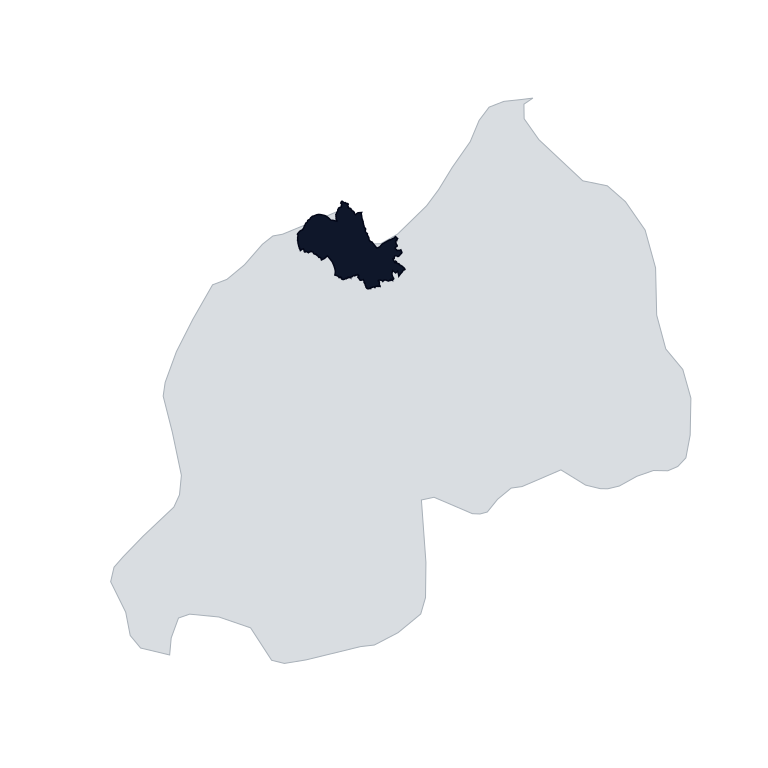 Burera, Northern, Rwanda shown in context, rotated 351°
{"feature_id": "39286606B41980105768775", "entity_name": "Burera", "entity_type": "district", "adm_level": 2, "iso_a3": "RWA", "parent_name": "Rwanda", "parent_adm1": "Northern", "projection": "albers", "projection_center": [29.857, -1.461], "detail": "fine", "context": "in_parent", "style": "filled", "palette": "ink", "viewbox_px": 768, "rotation_deg": 351, "n_neighbors": 0, "source": "geoboundaries", "source_scale": "gbopen_adm2", "svg_char_len": 7044}
<svg xmlns="http://www.w3.org/2000/svg" viewBox="0 0 768 768"><g transform="rotate(351 384 384)"><path d="M297.4,220.4L307.2,220.2L371.5,204.8L377.9,209.6L388.3,239.5L393.8,243.8L402.8,244.9L420.8,238.1L453.9,214.7L468.4,200.5L485.4,180.6L507.1,158.1L519.2,138.5L531.1,127.0L546.6,123.6L563.8,124.5L575.8,124.9L566.0,129.5L563.9,143.9L575.2,166.9L612.1,214.4L635.6,223.2L651.0,241.7L666.0,272.8L670.4,311.8L664.1,358.6L667.8,393.5L681.4,416.4L684.9,446.0L678.4,482.4L670.6,504.2L661.3,511.4L650.8,514.1L636.6,511.6L619.3,514.7L600.4,521.6L588.6,522.5L581.2,521.2L567.3,515.4L545.3,496.5L504.3,506.9L493.3,506.7L478.2,515.6L466.0,526.6L458.5,527.4L451.0,525.9L415.7,503.7L402.8,504.4L397.5,566.8L391.6,601.4L384.3,616.9L359.0,631.8L333.6,640.3L319.7,639.7L263.8,644.3L241.9,644.4L229.8,639.3L214.1,604.0L184.5,588.3L156.0,580.9L144.4,583.0L134.1,601.5L129.9,618.1L102.3,606.7L94.0,592.7L93.2,569.0L83.1,536.5L88.7,522.7L99.5,513.7L122.4,496.5L157.2,472.7L164.7,461.4L169.6,442.5L167.4,398.5L164.0,361.4L168.1,348.2L184.0,319.6L205.3,290.2L230.2,259.2L245.2,256.1L264.9,244.4L285.7,227.0L297.4,220.4Z" fill="#d9dde1" stroke="#a8b0b8" stroke-width="1"/><path d="M406.9,282.5L407.4,282.5L408.4,283.0L408.2,282.1L408.0,281.8L408.5,281.9L409.2,282.3L410.0,281.7L410.1,281.1L409.9,280.9L409.6,280.2L409.2,278.7L409.0,276.7L409.5,275.0L410.4,273.4L411.1,274.0L412.9,276.1L415.1,274.7L415.5,277.7L415.5,279.8L417.5,277.8L419.4,276.3L420.9,274.5L422.2,274.4L422.5,274.2L422.9,274.5L422.0,272.5L421.0,271.4L420.6,270.7L419.5,269.9L419.0,269.3L418.3,269.0L417.8,268.4L417.8,268.0L417.5,267.5L417.2,267.4L416.7,267.4L416.2,267.0L415.9,266.9L415.5,266.1L415.4,265.2L414.9,264.7L414.6,266.1L413.6,265.8L413.7,265.6L413.6,265.0L413.2,264.4L413.0,263.9L413.0,263.6L412.1,262.1L412.2,261.7L412.8,262.0L413.0,261.8L413.7,261.6L413.7,261.0L413.9,260.8L414.2,259.7L414.5,259.3L415.3,259.2L416.2,259.2L416.7,259.5L417.4,260.2L418.5,260.2L419.3,259.4L419.8,259.2L420.5,258.3L421.7,257.8L421.8,257.4L422.3,256.8L421.6,254.1L420.2,254.6L419.9,254.3L419.2,254.2L418.6,254.3L417.9,254.3L417.6,253.9L417.7,253.7L417.3,253.2L416.9,252.8L416.5,252.3L416.3,251.4L416.5,251.0L416.9,250.7L417.1,250.5L417.6,250.4L418.5,250.0L418.7,249.7L418.6,248.9L418.0,247.8L417.9,247.1L417.6,246.8L417.6,246.6L417.9,246.4L417.8,244.9L417.8,244.6L418.1,244.5L419.0,244.4L418.8,243.6L419.3,243.5L419.6,243.2L420.1,242.6L419.4,242.3L419.5,241.8L419.4,241.8L418.6,240.3L418.5,240.2L417.2,240.9L416.9,241.6L415.7,241.6L412.9,242.6L412.5,242.7L412.0,242.5L406.1,244.7L403.9,245.6L401.3,247.9L398.2,248.7L394.8,242.8L394.6,242.2L394.2,241.8L393.1,241.3L392.8,241.0L391.9,239.4L391.7,238.4L391.9,237.7L391.8,236.7L391.3,235.7L391.2,235.1L390.8,233.9L390.8,233.4L391.1,233.0L390.7,232.4L390.0,231.9L389.5,230.9L389.5,229.7L389.7,229.2L389.6,228.6L390.1,228.2L390.0,227.5L389.6,226.9L389.2,226.5L388.9,225.7L388.9,225.4L389.0,225.2L389.0,224.7L388.7,223.4L388.8,222.7L388.6,221.7L388.8,220.4L388.5,219.2L388.5,218.6L388.2,217.9L388.2,216.8L388.1,215.6L388.3,214.6L388.1,213.6L388.2,212.9L388.1,212.6L388.2,211.8L388.7,211.1L385.1,210.8L383.6,211.5L382.6,212.3L382.4,212.4L381.3,210.8L381.3,210.4L381.5,210.1L381.5,209.8L380.5,208.4L379.4,207.9L379.4,207.2L378.7,206.4L378.7,205.6L377.6,204.9L377.2,204.9L376.7,204.7L376.2,204.2L376.5,203.5L376.5,203.3L376.1,202.9L376.2,202.2L376.0,201.9L376.8,201.0L376.7,200.4L376.4,200.2L375.9,199.9L375.1,199.9L374.5,199.1L374.0,198.7L373.3,198.9L372.8,198.7L371.8,197.4L371.2,196.9L370.9,196.9L370.2,197.5L369.6,198.6L370.2,199.0L370.3,199.8L370.2,200.2L369.8,200.8L369.7,202.4L369.0,202.4L368.5,202.8L367.8,202.7L366.7,203.1L366.4,203.7L365.6,204.7L365.5,205.6L365.4,205.9L365.0,206.3L364.8,206.7L364.1,207.4L364.0,207.8L362.9,209.2L363.0,210.1L362.7,211.4L363.0,211.8L362.5,213.2L362.5,213.6L362.7,214.3L363.1,215.1L362.9,215.9L359.1,214.3L357.3,214.0L357.0,213.8L355.3,211.4L354.3,210.3L353.0,209.1L351.8,208.3L348.0,206.8L346.1,206.3L344.1,206.3L341.6,206.9L340.1,207.2L339.5,207.1L338.4,207.9L337.6,208.3L336.4,209.8L335.9,210.0L335.1,210.1L334.5,210.4L334.2,210.6L333.9,211.5L333.3,212.4L332.3,212.7L331.8,213.0L331.1,214.4L330.0,215.6L329.1,217.4L327.8,218.6L327.7,218.9L326.0,219.4L324.6,220.0L322.2,222.1L321.9,222.6L322.3,223.3L322.2,224.3L322.0,225.0L321.7,225.4L321.5,226.8L321.6,227.3L321.4,227.5L321.3,227.8L321.1,228.6L321.1,229.0L321.3,229.1L321.3,230.3L321.2,230.4L321.1,231.6L321.2,232.0L321.4,234.9L321.8,236.1L321.6,236.4L322.0,236.7L321.9,237.4L322.2,238.2L322.3,239.1L323.1,238.7L323.4,238.3L323.9,238.3L324.6,238.0L325.6,237.9L326.0,239.7L326.0,240.8L326.5,241.3L327.1,240.9L327.2,241.1L327.5,240.9L327.9,241.0L328.0,241.0L328.3,241.3L328.6,241.4L329.0,241.8L329.5,241.9L329.8,242.5L330.2,242.3L331.1,242.0L331.8,241.7L332.4,241.9L332.7,241.4L332.8,241.4L334.1,242.4L334.6,242.6L334.7,242.8L334.8,243.7L335.0,244.3L335.4,244.5L335.6,244.7L336.4,245.1L336.5,244.9L336.9,244.9L336.9,245.1L337.1,245.1L337.1,245.3L337.4,245.5L337.4,245.9L337.5,246.1L338.2,246.4L338.3,246.9L339.0,247.5L339.4,248.7L339.7,248.9L340.3,248.6L341.0,249.2L341.3,249.6L341.6,251.7L344.9,250.7L348.2,248.5L351.8,254.8L352.1,255.6L353.0,259.1L353.5,262.3L353.6,264.9L353.2,266.8L352.5,268.7L353.3,269.1L353.9,269.3L355.2,270.1L355.9,270.9L356.3,271.8L356.5,271.6L357.4,271.8L357.5,271.6L357.8,271.5L357.9,271.8L358.3,271.9L358.3,272.1L358.5,272.2L358.3,272.5L358.5,272.8L358.3,273.1L358.7,273.8L360.0,274.5L361.3,274.3L362.1,274.0L362.4,273.7L362.7,274.0L363.1,274.2L363.9,273.7L364.5,273.7L365.2,273.5L365.3,272.9L366.1,273.2L366.4,273.5L367.0,273.3L367.3,273.5L367.7,273.5L367.8,273.7L367.9,273.3L368.3,273.2L368.5,273.0L369.2,273.1L369.5,272.9L370.0,272.5L370.7,272.2L371.1,272.1L371.9,272.6L372.6,272.3L373.0,272.0L373.2,272.3L373.8,272.0L374.1,272.1L374.6,271.7L375.1,271.7L375.1,271.9L375.3,272.2L375.9,272.6L376.0,273.0L375.9,273.3L375.2,273.5L375.2,273.9L375.5,273.9L375.0,274.6L375.4,274.8L375.4,275.3L376.0,276.0L376.1,276.7L376.2,276.8L376.3,277.1L376.4,277.3L376.6,277.7L377.3,277.9L378.6,277.9L379.9,277.7L379.9,278.1L380.2,278.5L380.3,278.9L380.5,279.3L380.3,279.7L380.2,280.7L380.7,281.0L380.6,281.5L381.0,282.3L380.9,283.2L381.4,284.6L381.3,285.1L381.4,285.8L382.0,286.3L381.9,286.6L382.0,286.8L382.6,287.3L383.1,287.5L383.9,287.5L384.2,287.4L384.4,287.5L385.1,287.2L385.3,287.4L385.6,287.4L385.8,287.6L386.0,287.2L386.0,286.8L386.2,286.7L386.6,286.7L386.9,286.8L387.6,286.6L388.0,286.7L388.4,286.4L389.3,286.6L389.6,286.4L389.9,286.8L389.8,287.1L390.0,287.3L390.1,287.1L390.5,286.9L391.0,286.4L391.7,286.2L392.0,286.4L392.4,286.2L392.7,286.4L393.1,286.3L393.2,286.7L394.5,286.8L395.1,286.7L395.4,287.0L395.5,286.8L395.4,286.4L395.0,285.4L394.9,284.8L395.1,284.2L395.0,283.8L395.3,283.4L395.3,282.2L394.3,281.2L394.1,280.6L394.3,280.8L394.8,280.7L394.9,280.8L395.2,280.8L396.6,280.7L397.3,281.2L398.1,281.4L398.6,281.9L398.9,282.5L399.2,282.2L399.1,281.9L400.0,281.8L400.4,281.3L402.3,281.7L402.8,282.0L403.1,282.3L403.7,282.6L404.6,283.0L405.7,282.7L406.2,282.3L406.6,282.7L406.9,282.5Z" fill="#0f172a" stroke="#020617" stroke-width="1.5"/></g></svg>